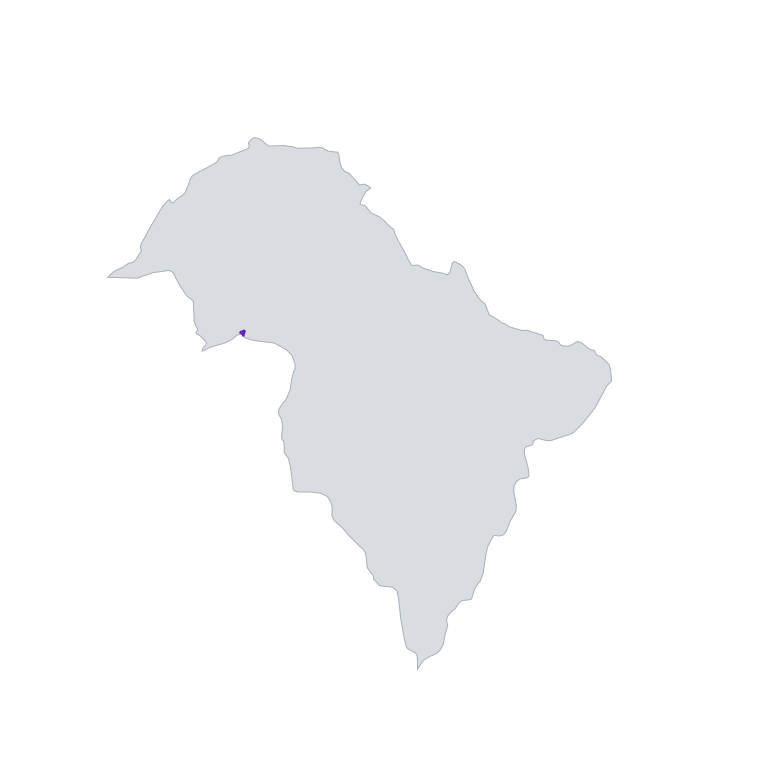 location of Bangui, Bangui, Central African Republic, rotated 68°
{"feature_id": "33826404B58165985423079", "entity_name": "Bangui", "entity_type": "district", "adm_level": 2, "iso_a3": "CAF", "parent_name": "Central African Republic", "parent_adm1": "Bangui", "projection": "natural_earth1", "projection_center": [18.572, 4.378], "detail": "fine", "context": "in_parent", "style": "filled", "palette": "violet", "viewbox_px": 768, "rotation_deg": 68, "n_neighbors": 0, "source": "geoboundaries", "source_scale": "gbopen_adm2", "svg_char_len": 5128}
<svg xmlns="http://www.w3.org/2000/svg" viewBox="0 0 768 768"><g transform="rotate(68 384 384)"><path d="M517.2,282.1L523.5,284.0L524.6,286.2L522.9,293.5L524.1,298.1L527.7,301.9L531.3,303.6L534.7,304.5L546.7,306.9L551.7,309.6L558.3,318.1L566.5,325.9L568.6,330.0L568.2,333.8L565.8,338.3L566.2,340.2L570.0,344.7L574.3,349.4L582.3,354.6L596.1,362.7L602.4,368.1L604.6,372.2L608.1,376.7L613.0,380.8L616.4,384.0L614.1,392.9L614.8,395.8L616.1,398.4L618.9,401.9L620.1,406.4L623.0,412.0L626.4,414.6L632.1,415.5L635.1,418.1L641.3,422.6L647.4,426.5L649.9,429.2L651.6,431.5L652.9,434.3L653.6,437.1L653.8,443.1L654.8,450.6L658.1,455.7L661.1,459.6L648.8,455.2L647.0,455.1L644.8,455.8L638.4,461.2L636.3,461.9L628.2,460.7L608.6,456.5L593.5,452.4L588.9,450.9L580.8,449.5L575.5,452.3L570.5,461.9L569.1,463.7L561.2,466.6L557.5,465.8L548.4,468.4L534.4,464.5L529.4,465.2L525.5,467.2L515.4,471.6L509.3,474.1L502.1,476.3L495.4,479.7L490.8,481.6L486.4,481.6L482.4,479.7L478.0,478.0L472.7,477.6L467.2,478.6L462.6,482.5L460.7,485.2L456.7,492.4L451.9,504.2L450.0,506.6L448.3,507.8L426.4,501.9L416.9,500.5L410.5,502.3L402.5,499.1L399.0,498.5L397.4,499.5L392.9,498.0L385.6,494.0L378.7,492.3L372.5,492.9L368.6,491.6L365.6,487.7L361.6,480.5L354.4,473.4L344.9,467.7L338.9,463.4L336.5,460.5L331.3,458.9L323.4,458.6L315.8,461.5L305.0,470.3L294.8,488.6L289.2,495.5L284.7,497.3L283.5,501.7L285.8,508.7L286.4,516.7L284.8,530.4L285.4,540.3L283.0,538.7L280.6,534.1L279.6,533.1L272.9,535.2L269.4,537.1L267.6,539.0L266.2,539.2L264.0,536.7L262.4,536.2L259.7,536.7L257.0,536.7L255.3,536.3L254.2,536.6L251.0,535.1L239.5,531.2L237.5,529.9L235.2,530.1L229.3,533.4L226.1,534.3L216.6,536.4L206.4,537.4L202.5,537.5L199.9,539.0L198.1,541.0L195.0,553.6L194.1,555.8L194.3,559.0L193.4,569.1L193.8,572.3L181.6,600.1L179.5,595.5L178.3,590.0L177.8,583.8L178.1,582.2L177.3,580.3L176.3,575.2L177.2,571.9L176.4,568.5L174.1,565.1L171.9,562.6L170.7,560.2L169.7,559.2L167.3,558.9L164.1,557.7L150.6,541.4L136.5,523.0L133.7,517.1L132.5,513.7L135.9,513.3L136.8,512.6L136.9,511.0L134.8,506.4L133.7,500.4L132.0,496.7L126.5,491.1L121.2,486.8L119.6,484.6L118.6,481.5L116.6,461.7L115.7,456.1L114.1,453.6L112.9,452.5L112.4,451.1L112.6,447.6L113.3,444.4L113.3,443.2L114.7,440.4L114.8,422.1L113.1,419.6L109.9,419.6L108.2,416.9L106.9,413.5L107.3,411.1L110.3,407.4L112.3,406.0L118.3,403.0L120.0,401.6L121.1,399.8L121.8,397.3L125.3,387.9L130.5,378.5L132.7,376.6L138.0,362.8L139.2,359.2L140.1,355.7L141.8,352.9L147.5,348.2L151.8,340.0L156.4,340.4L161.2,341.7L167.4,342.4L172.2,340.8L175.3,337.6L190.2,332.1L191.2,327.7L193.6,325.3L196.3,323.3L197.3,323.0L197.5,324.5L199.1,329.1L202.5,333.6L207.5,338.6L208.9,338.3L212.0,334.5L219.7,332.2L221.7,331.1L227.2,325.6L233.8,322.1L237.7,320.8L244.4,317.2L249.1,317.7L256.8,317.1L269.5,315.4L278.7,314.8L283.4,314.1L284.6,313.4L286.4,308.1L287.8,306.6L291.2,304.3L298.0,296.3L302.4,289.6L303.8,287.1L304.7,286.7L306.6,283.9L304.7,280.9L297.1,275.0L297.2,274.1L296.8,273.1L297.2,272.3L300.1,269.9L304.0,267.1L308.2,266.0L319.0,266.3L328.3,265.7L330.5,265.8L337.7,264.4L342.6,263.1L347.7,260.2L359.2,260.5L368.7,253.2L371.5,251.9L372.7,250.8L373.1,249.6L377.5,246.7L382.5,240.7L386.5,235.3L387.6,231.5L398.4,218.5L402.2,218.8L404.0,217.2L408.3,208.6L409.6,207.0L414.1,205.5L416.2,202.9L418.0,199.1L418.0,194.4L417.2,190.6L417.2,188.8L418.2,187.1L419.9,185.4L428.1,180.8L430.2,178.5L431.4,176.5L433.7,176.1L436.3,176.3L437.8,175.1L439.6,173.0L445.3,170.1L450.6,167.9L456.1,168.8L466.2,171.7L469.2,177.9L470.7,180.0L483.1,194.6L485.5,198.0L491.7,208.6L495.5,215.8L499.9,226.1L500.3,231.6L499.8,236.4L499.0,250.0L497.8,253.9L492.4,261.1L492.2,264.4L493.3,267.2L495.0,268.3L496.0,269.6L495.4,276.0L497.4,278.4L501.5,280.1L511.8,281.2L517.2,282.1Z" fill="#d9dde1" stroke="#a8b0b8" stroke-width="1"/><path d="M286.3,496.7L286.6,496.6L286.8,496.5L286.8,496.4L286.8,496.1L286.6,496.0L286.3,495.9L286.2,495.8L286.3,495.8L286.3,495.7L286.2,495.7L285.8,495.5L285.7,495.5L285.7,495.4L285.3,495.2L285.2,495.1L285.1,494.9L285.0,494.7L284.9,494.7L284.7,494.7L284.8,494.7L284.8,494.8L284.8,495.0L284.9,495.3L284.8,495.5L284.8,495.8L284.7,495.9L284.8,496.0L284.7,496.2L284.4,496.2L284.2,496.2L284.1,495.9L283.9,495.8L283.9,495.7L283.7,495.5L283.6,495.4L283.7,495.2L283.8,495.0L284.2,495.1L284.3,495.0L284.4,494.9L284.4,494.7L284.3,494.4L284.5,494.2L284.4,494.1L284.2,494.1L283.9,494.2L283.7,494.0L283.7,493.9L283.5,493.7L283.4,493.5L283.4,493.4L283.2,493.3L283.2,493.2L282.9,493.2L282.7,493.1L282.2,493.4L282.1,493.5L281.9,493.6L281.7,493.7L281.7,493.8L281.7,494.0L281.8,494.2L281.8,494.5L281.9,495.0L282.0,495.0L281.9,495.2L281.9,495.3L281.9,495.5L282.0,495.6L282.0,495.8L281.9,495.9L281.8,496.1L281.8,496.3L281.9,496.5L281.9,496.8L282.0,496.9L282.0,497.0L282.1,497.3L282.1,497.5L282.3,497.7L282.3,497.8L282.2,497.8L282.3,497.9L282.3,498.0L282.3,498.3L282.5,498.4L282.9,498.1L283.1,497.8L283.2,497.6L283.4,497.5L283.5,497.5L283.7,497.4L283.8,497.4L284.0,497.3L284.1,497.2L284.3,496.9L284.5,496.8L284.6,496.7L284.8,496.5L284.8,496.4L284.9,496.2L285.0,496.1L285.4,496.3L285.6,496.6L285.8,496.8L286.0,496.8L286.3,496.7Z" fill="#8b5cf6" stroke="#5b21b6" stroke-width="1.5"/></g></svg>